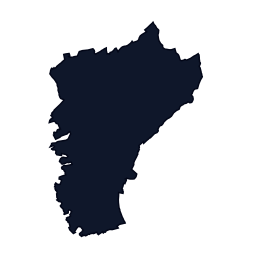 outline of Sutesti, Vâlcea, Romania, rotated 170°
{"feature_id": "2599482B44989926814330", "entity_name": "Sutesti", "entity_type": "district", "adm_level": 2, "iso_a3": "ROU", "parent_name": "Romania", "parent_adm1": "Vâlcea", "projection": "mercator", "projection_center": [24.211, 44.673], "detail": "fine", "context": "isolated", "style": "filled", "palette": "ink", "viewbox_px": 256, "rotation_deg": 170, "n_neighbors": 0, "source": "geoboundaries", "source_scale": "gbopen_adm2", "svg_char_len": 5853}
<svg xmlns="http://www.w3.org/2000/svg" viewBox="0 0 256 256"><g transform="rotate(170 128 128)"><path d="M135.5,210.6L137.8,210.0L137.9,209.7L140.8,208.8L140.9,208.4L147.3,206.4L148.0,207.4L148.1,208.1L147.7,209.0L147.8,210.4L148.8,212.1L153.8,211.7L159.5,212.1L162.7,211.7L165.4,207.5L168.7,207.6L170.0,207.3L172.6,207.7L173.6,208.2L173.8,208.6L174.0,208.9L172.8,209.2L172.9,210.7L173.1,211.6L176.9,211.7L178.5,211.6L178.4,206.3L180.2,205.2L181.3,204.7L181.5,204.2L183.6,203.2L187.3,201.1L187.1,200.8L189.8,199.3L190.4,200.2L191.9,199.0L192.6,200.1L193.1,199.8L194.1,198.3L194.7,196.6L195.5,194.9L193.7,191.2L192.1,188.8L191.0,186.4L190.8,185.6L190.3,185.3L190.1,182.9L190.3,182.0L189.9,180.6L189.8,179.2L190.3,177.3L190.0,175.0L189.8,174.0L190.1,172.5L189.6,169.8L189.1,168.9L188.7,168.5L186.6,167.3L186.3,167.1L186.3,166.8L186.4,166.4L190.7,163.0L197.6,158.4L197.7,158.2L197.7,157.9L200.5,155.8L200.1,154.7L201.6,153.9L201.7,153.7L201.4,153.6L201.0,153.1L200.8,151.7L200.6,151.4L200.3,151.4L200.4,150.8L202.7,150.1L203.8,148.9L204.6,147.0L200.6,147.5L199.4,147.5L199.1,147.3L198.4,146.3L197.9,145.0L196.2,144.3L195.5,141.1L194.7,138.7L195.9,138.3L196.2,138.8L197.7,138.5L198.2,138.0L199.0,136.1L200.1,136.1L200.8,136.6L201.7,136.6L202.0,135.9L201.8,134.3L202.6,134.0L201.2,129.5L196.7,130.7L195.2,131.7L189.6,132.7L189.3,132.6L187.9,133.5L187.8,133.9L185.9,134.5L185.5,132.0L186.6,130.8L188.4,128.1L189.2,127.4L191.0,126.7L199.1,126.8L200.5,126.5L201.5,125.8L204.9,126.2L205.7,126.0L205.9,126.0L205.9,125.5L206.3,124.9L207.9,123.0L204.5,123.6L203.7,122.3L204.3,121.8L206.8,120.8L206.9,120.4L206.3,120.1L205.7,119.4L204.4,119.4L203.8,119.1L203.3,118.7L203.2,118.1L202.9,117.4L203.6,115.8L202.7,114.0L198.3,112.5L197.8,114.3L193.5,112.6L193.3,112.1L193.0,112.2L192.8,112.0L192.1,110.4L192.8,110.0L193.6,109.2L196.9,110.5L198.0,110.4L199.7,109.5L201.3,107.1L201.0,106.4L200.4,106.2L200.1,105.7L199.7,104.3L198.7,103.8L197.2,104.2L196.1,104.1L194.5,104.6L193.6,104.6L192.3,104.1L191.4,104.4L190.0,104.3L189.8,104.1L189.7,103.3L189.3,101.8L196.1,101.6L197.1,102.3L197.5,102.3L199.2,101.3L199.5,101.4L200.3,100.4L200.3,100.0L199.9,98.9L198.5,98.4L198.4,97.0L197.9,96.2L197.4,96.1L197.4,95.5L197.8,94.4L197.5,92.6L201.5,92.1L204.2,91.5L204.7,89.7L203.3,89.1L202.6,88.5L202.8,88.1L202.8,87.3L204.3,84.9L204.5,84.3L207.0,84.6L208.7,86.4L209.7,85.3L209.2,85.0L210.4,83.0L209.8,82.8L210.4,80.7L210.2,80.4L210.0,79.1L209.3,79.0L209.4,78.5L209.1,77.9L209.0,76.3L209.1,75.9L209.7,75.6L209.9,73.0L210.1,72.2L209.3,70.1L210.6,69.5L210.2,68.9L209.4,68.5L209.2,67.9L208.6,67.4L208.1,67.9L207.4,67.6L206.2,65.6L206.3,65.0L206.7,64.3L208.1,63.2L208.1,62.8L207.7,61.9L205.9,59.4L205.9,58.2L205.8,57.3L205.1,55.7L206.0,54.3L205.7,54.0L205.0,54.1L201.6,54.8L201.4,56.1L201.0,57.1L200.1,57.7L199.7,57.5L198.0,55.6L200.0,52.9L200.3,52.7L199.9,51.3L202.0,50.4L202.8,50.5L204.0,50.1L203.8,49.6L204.2,49.4L204.8,48.5L204.8,48.2L204.6,48.1L204.4,47.6L203.6,47.3L203.4,45.6L202.6,45.7L202.1,41.0L202.6,40.5L203.5,40.2L203.0,37.8L200.1,33.6L198.1,34.3L198.6,34.8L198.6,35.2L195.6,38.6L195.2,38.7L195.0,39.2L193.3,39.6L192.7,39.1L191.9,39.1L189.8,35.2L190.5,34.6L190.8,34.6L191.2,33.8L192.3,33.4L194.1,32.3L194.2,31.2L192.5,29.3L192.0,29.5L191.8,30.0L191.4,30.3L191.2,30.8L191.1,30.7L190.8,29.8L189.7,29.9L188.8,29.5L188.4,29.2L186.7,29.7L185.6,30.4L184.8,30.0L184.3,30.0L184.0,30.3L183.4,30.5L180.3,30.4L180.3,30.1L179.0,30.2L179.0,30.5L177.8,30.8L176.7,30.7L176.7,30.1L176.4,29.6L176.4,29.0L175.8,28.7L175.6,28.2L171.0,30.3L170.9,29.4L170.6,28.9L169.5,29.6L168.3,29.4L167.3,30.6L164.4,31.2L163.6,31.3L161.2,30.7L155.0,31.2L155.5,32.5L155.9,33.2L153.1,34.6L147.3,34.9L147.5,36.0L148.2,37.6L148.6,39.5L149.2,41.4L150.0,45.8L150.4,47.6L150.3,49.1L150.7,51.0L150.4,56.2L150.0,59.2L149.1,62.6L148.4,66.1L144.3,64.5L143.8,66.0L144.4,66.4L143.9,67.7L144.1,68.5L144.4,68.8L144.4,69.4L143.0,71.7L142.4,73.4L141.9,74.2L140.8,73.7L139.6,75.6L139.0,76.3L138.6,77.3L139.4,78.3L138.0,78.8L135.1,77.5L131.6,76.9L130.6,76.9L129.0,78.2L128.4,79.0L127.4,81.2L131.3,86.2L131.8,86.6L129.1,90.2L128.6,91.2L128.5,92.6L127.4,94.5L124.4,98.4L123.4,100.0L123.0,100.3L122.7,102.4L122.6,102.7L121.9,102.9L122.1,103.5L120.7,104.6L120.9,105.1L120.8,105.8L120.2,106.9L120.2,108.9L115.4,111.9L115.2,110.2L111.7,112.5L109.9,113.5L107.7,115.0L107.5,114.6L102.9,117.9L100.2,118.5L98.8,119.8L98.7,120.0L98.8,121.3L98.4,122.1L97.4,123.5L96.3,124.6L94.4,124.9L92.8,126.2L91.8,127.6L88.9,129.6L87.3,130.4L85.5,130.9L83.2,132.1L80.4,135.1L77.1,136.9L74.5,137.6L74.1,138.1L73.6,139.3L72.6,140.4L71.1,141.1L69.9,141.4L68.8,142.1L66.0,142.4L64.7,143.2L63.8,143.0L62.7,142.1L60.8,142.2L59.5,143.8L58.9,144.9L58.8,145.5L58.8,147.6L59.0,148.1L59.8,149.0L59.9,149.5L59.7,149.9L58.7,151.0L57.9,152.6L56.4,154.3L55.5,154.8L52.7,154.9L50.6,159.2L48.2,162.9L46.2,165.2L45.9,165.9L46.1,166.3L46.1,168.7L46.4,169.7L46.3,170.7L46.6,174.8L47.1,175.8L47.1,176.5L45.6,178.8L45.5,179.6L46.0,180.7L45.8,182.8L46.1,183.5L45.7,184.2L45.4,187.7L45.8,188.0L46.0,189.0L48.9,187.8L50.7,187.3L54.2,185.7L58.1,184.7L58.6,184.6L59.4,185.3L60.1,185.6L61.5,185.1L63.1,185.0L63.9,185.1L64.5,185.5L65.0,186.3L65.2,188.9L65.5,190.7L66.0,191.8L67.7,193.7L68.1,198.0L71.8,197.5L73.7,197.8L75.8,198.6L78.1,199.3L79.6,200.9L79.8,201.9L79.6,203.4L81.3,205.6L82.4,208.8L82.5,210.4L82.4,214.5L81.5,216.4L80.8,219.0L81.4,220.0L82.4,221.2L83.3,223.9L84.4,225.5L85.0,227.8L85.8,227.1L88.2,225.6L91.4,223.4L94.4,221.7L93.6,220.3L93.0,219.5L97.8,217.7L99.9,216.6L101.3,214.8L102.0,213.3L103.0,212.3L104.1,211.9L108.2,211.3L108.9,212.7L109.6,211.9L111.3,210.7L114.1,209.3L115.7,209.0L117.6,209.1L119.5,208.8L120.8,208.1L123.4,206.1L124.6,204.7L124.8,204.8L124.8,205.6L125.9,208.7L127.1,208.4L128.9,206.7L131.3,205.4L132.3,205.6L133.2,204.6L133.4,203.9L134.6,204.6L135.8,204.7L135.9,208.2L135.5,210.6Z" fill="#0f172a" stroke="#020617" stroke-width="1.5"/></g></svg>